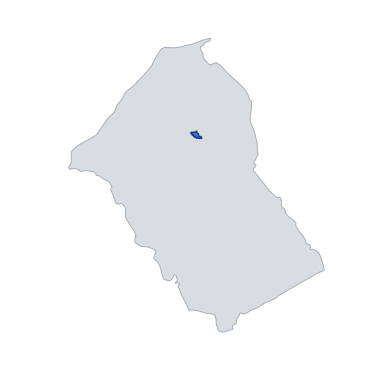 Atwima Nwabiagya North, Ashanti, Ghana shown in context, rotated 151°
{"feature_id": "2480657B14484334363928", "entity_name": "Atwima Nwabiagya North", "entity_type": "district", "adm_level": 2, "iso_a3": "GHA", "parent_name": "Ghana", "parent_adm1": "Ashanti", "projection": "orthographic", "projection_center": [-1.753, 6.879], "detail": "fine", "context": "in_parent", "style": "filled", "palette": "blue", "viewbox_px": 384, "rotation_deg": 151, "n_neighbors": 0, "source": "geoboundaries", "source_scale": "gbopen_adm2", "svg_char_len": 4525}
<svg xmlns="http://www.w3.org/2000/svg" viewBox="0 0 384 384"><g transform="rotate(151 192 192)"><path d="M232.7,54.3L235.5,56.9L236.1,58.5L235.1,64.1L233.1,68.1L231.9,71.8L232.1,73.6L233.3,75.5L237.5,78.4L239.6,80.3L242.2,83.1L245.1,85.9L250.1,89.5L252.2,90.2L252.1,91.2L251.5,92.6L251.1,106.2L250.7,109.7L250.4,111.5L249.9,116.5L249.4,117.3L248.5,117.2L247.6,117.4L247.4,118.4L247.8,119.5L250.8,120.2L250.1,121.0L247.9,121.7L246.9,123.2L247.3,124.9L246.1,126.3L246.5,127.3L247.3,128.0L248.5,127.7L252.0,125.4L253.5,125.1L255.3,125.6L258.7,129.1L258.9,130.9L257.5,136.9L256.2,141.5L256.0,147.7L257.4,151.1L257.3,153.0L255.7,154.7L252.3,157.1L252.5,158.7L254.1,161.7L257.1,165.1L262.9,169.2L265.9,174.7L266.0,176.9L264.3,179.1L262.2,181.0L261.5,183.8L262.6,202.1L258.1,210.0L258.0,212.3L258.5,214.9L259.7,216.5L262.0,216.9L263.9,218.4L263.3,224.0L262.3,229.6L262.2,232.4L261.6,233.7L259.8,234.8L259.2,236.6L259.7,238.8L259.3,240.4L260.3,242.5L262.4,245.1L265.8,251.7L267.0,252.2L267.6,253.5L267.3,254.9L268.6,257.8L272.3,260.6L276.2,263.1L279.4,263.5L280.1,265.7L282.2,268.6L283.7,269.9L286.1,270.7L288.1,271.1L288.2,273.5L284.7,275.2L282.3,277.7L280.5,281.6L277.9,285.8L269.2,288.0L265.9,288.0L248.0,288.2L231.2,296.6L221.6,299.5L215.6,304.2L207.6,307.5L202.1,311.5L190.5,313.5L171.4,319.8L165.5,322.3L159.5,326.7L149.7,331.9L145.8,331.8L138.2,327.0L132.4,324.6L118.3,320.8L107.8,319.4L102.7,317.8L101.3,317.5L102.5,315.8L105.4,315.7L108.5,316.2L110.8,314.9L114.3,314.8L115.2,313.4L115.4,309.9L115.4,307.1L116.6,305.9L116.9,302.6L115.3,295.2L114.1,294.4L107.9,293.3L107.5,291.9L106.4,290.4L105.2,286.6L103.9,281.0L101.7,274.0L97.7,262.5L96.6,258.4L96.0,254.3L95.8,249.4L96.7,247.5L96.5,245.0L96.2,242.4L99.1,236.6L104.8,229.5L106.0,226.9L107.1,225.1L107.2,222.5L108.3,214.2L111.0,204.1L112.7,200.3L113.9,198.3L115.3,194.9L115.6,193.4L120.9,189.4L123.3,188.4L123.8,186.8L123.0,185.1L123.4,184.0L124.6,183.4L126.5,182.9L127.9,181.3L125.8,168.9L124.0,156.5L123.9,155.4L122.9,153.7L121.8,148.6L120.1,145.6L117.6,144.7L117.6,141.9L120.1,137.2L120.8,134.4L119.6,133.5L119.4,131.4L120.3,127.9L119.9,125.7L119.4,123.4L116.9,118.0L116.3,114.2L117.6,111.9L117.6,107.0L116.2,99.4L116.0,94.7L116.9,92.7L116.5,90.8L114.6,89.0L114.5,87.2L116.1,85.5L115.9,84.2L113.9,83.2L112.2,80.9L110.6,77.2L111.0,71.3L113.9,60.4L114.3,59.5L117.7,59.6L117.7,60.1L128.1,60.0L140.0,59.9L154.2,59.7L167.1,59.6L167.6,59.1L169.8,58.5L182.8,59.6L191.0,59.0L194.4,59.4L197.0,60.1L202.6,59.7L205.6,59.9L207.9,62.6L208.8,62.6L210.1,61.5L212.3,60.2L214.6,59.1L216.2,57.0L217.2,55.4L218.7,55.7L220.8,55.6L222.3,54.2L222.8,52.1L232.7,54.3Z" fill="#d9dde1" stroke="#a8b0b8" stroke-width="1"/><path d="M163.4,240.0L163.3,239.8L163.3,239.7L163.4,239.4L163.2,239.2L162.9,239.0L162.9,238.9L162.7,238.9L162.4,238.9L162.2,238.9L162.2,238.7L162.3,238.6L162.2,238.6L162.3,238.5L162.1,238.2L161.9,237.9L162.0,237.7L162.1,237.4L162.1,237.2L162.0,236.9L161.9,236.9L161.7,236.8L161.4,236.9L161.2,236.9L160.9,236.8L160.8,236.7L160.6,236.5L160.6,236.4L160.5,236.2L160.4,236.2L160.2,235.9L160.0,235.7L159.9,235.7L159.7,235.5L159.6,235.4L159.4,235.3L159.3,235.2L159.1,235.4L158.9,235.4L158.7,235.4L158.6,235.2L158.4,235.0L158.3,234.9L158.0,234.8L158.0,234.7L157.6,234.5L157.5,234.4L157.4,234.5L157.3,234.8L157.3,235.0L157.4,234.9L157.4,235.0L157.5,235.0L157.4,235.1L157.3,235.3L157.3,235.5L157.5,235.5L157.6,235.8L157.6,236.0L157.8,236.2L158.0,236.3L158.0,236.5L158.3,236.5L158.4,236.4L158.4,236.6L158.5,236.7L158.5,236.8L158.8,237.1L159.0,237.3L159.0,237.5L159.0,237.8L158.9,238.0L158.7,238.0L158.6,238.3L158.6,238.5L158.6,238.8L158.6,239.0L158.4,239.2L158.3,239.3L158.3,239.5L158.4,239.8L158.3,240.0L158.5,240.2L158.5,240.3L158.7,240.5L158.7,240.8L158.7,241.0L158.8,241.3L158.8,241.5L159.0,241.7L159.0,241.8L159.1,241.7L159.3,241.7L159.4,241.8L159.2,242.0L159.3,242.0L159.3,242.3L159.2,242.4L159.1,242.5L158.9,242.7L159.0,242.8L159.0,243.0L159.6,242.8L160.6,243.0L161.5,243.4L161.9,243.7L162.9,244.0L163.5,244.4L163.8,244.3L163.9,244.2L164.0,244.0L164.0,243.9L163.9,243.8L163.8,243.7L164.0,243.6L164.4,243.9L164.4,243.7L164.2,243.5L164.2,243.4L164.2,243.2L164.1,242.9L164.2,242.7L164.1,242.4L163.9,242.4L163.7,242.4L163.4,242.4L163.4,242.2L163.5,242.1L163.8,241.9L163.7,241.8L163.6,241.7L163.8,241.5L163.9,241.4L163.7,241.3L163.4,241.2L163.2,240.9L163.1,240.7L163.1,240.4L163.3,240.4L163.4,240.5L163.5,240.5L163.5,240.4L163.4,240.4L163.2,240.3L162.9,240.3L162.8,240.2L163.0,240.3L163.1,240.2L163.3,240.2L163.4,240.0Z" fill="#3b82f6" stroke="#1e3a8a" stroke-width="1.5"/></g></svg>